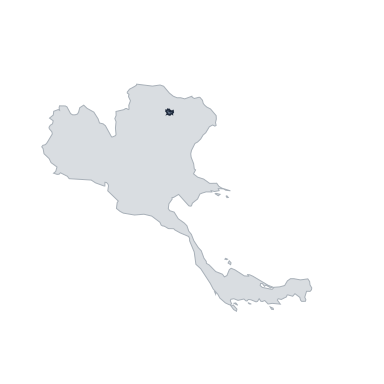 location of Phon Thong, Roi Et, Thailand, rotated 311°
{"feature_id": "78962969B17722386681463", "entity_name": "Phon Thong", "entity_type": "district", "adm_level": 2, "iso_a3": "THA", "parent_name": "Thailand", "parent_adm1": "Roi Et", "projection": "robinson", "projection_center": [103.964, 16.293], "detail": "fine", "context": "in_parent", "style": "filled", "palette": "slate", "viewbox_px": 384, "rotation_deg": 311, "n_neighbors": 0, "source": "geoboundaries", "source_scale": "gbopen_adm2", "svg_char_len": 5486}
<svg xmlns="http://www.w3.org/2000/svg" viewBox="0 0 384 384"><g transform="rotate(311 192 192)"><path d="M166.5,37.0L166.8,38.5L168.3,36.5L170.1,35.5L173.8,39.9L174.2,41.8L171.5,48.9L171.9,51.3L173.6,53.2L175.7,54.4L177.9,54.0L182.0,52.0L186.5,53.3L186.3,58.0L187.9,65.5L185.6,73.1L183.4,76.9L185.1,80.2L185.2,83.2L180.8,95.1L181.6,96.0L184.4,97.3L185.6,96.9L190.1,92.2L195.2,88.6L196.8,85.6L200.0,84.5L202.9,81.8L209.5,86.6L211.2,87.0L212.1,87.8L212.4,89.8L213.2,90.1L216.0,87.4L220.5,85.7L222.3,81.5L224.4,80.3L224.2,78.3L224.9,77.6L228.6,77.4L234.2,79.5L236.2,80.0L237.1,79.5L246.0,92.7L251.8,97.7L253.2,101.2L251.8,110.0L252.0,115.0L253.3,118.9L255.7,121.6L257.5,125.4L264.2,129.1L263.6,130.0L264.1,132.4L268.2,135.2L268.6,136.1L268.1,139.7L266.2,142.4L265.8,144.6L265.8,147.4L266.8,151.5L265.5,160.1L263.0,162.5L259.8,164.2L258.1,166.5L256.7,166.0L256.1,163.6L252.6,162.3L245.7,163.5L242.3,163.0L237.7,163.8L233.3,163.4L230.6,162.4L223.1,164.3L220.0,166.0L217.7,168.5L214.4,174.7L210.9,178.6L211.0,180.2L206.7,181.2L206.9,186.5L209.4,192.3L210.1,199.7L214.8,204.9L213.9,208.5L214.5,212.0L218.1,220.2L215.5,216.3L215.0,213.7L211.8,209.6L210.8,211.6L207.1,208.6L205.6,205.5L205.0,206.9L201.4,202.6L197.7,200.3L195.6,199.3L190.4,200.8L183.8,199.6L181.2,200.7L180.2,200.0L179.5,198.7L181.4,183.5L175.7,181.6L174.7,180.6L173.5,181.7L167.9,182.3L163.8,185.1L163.3,187.5L165.1,191.7L162.8,199.2L163.5,206.4L163.2,210.3L160.3,215.3L159.6,219.3L156.4,225.4L154.2,233.1L153.7,237.6L149.9,244.4L149.0,248.2L147.6,249.7L148.2,252.8L147.5,262.1L149.9,268.9L149.2,272.1L151.8,273.2L158.0,271.1L160.1,271.6L161.4,275.4L163.0,286.5L165.6,289.9L166.2,288.2L167.4,290.0L168.4,293.3L171.6,310.9L173.3,315.5L171.3,314.3L170.2,308.8L168.4,308.6L169.1,305.1L167.9,303.8L166.1,304.8L166.1,307.6L171.0,316.3L174.1,316.6L177.9,320.4L182.2,323.3L187.5,322.3L191.2,323.2L193.3,325.6L196.8,331.5L202.4,336.4L201.6,339.5L199.3,342.0L198.2,345.3L196.6,346.3L194.5,346.3L192.2,343.6L186.6,346.1L185.4,348.6L183.9,349.3L181.4,346.5L181.6,344.9L183.2,342.5L182.8,336.4L179.4,336.4L177.2,331.8L176.5,331.4L174.9,332.1L169.5,329.9L168.0,327.1L166.4,327.3L165.3,332.2L160.6,325.6L157.4,322.9L157.8,318.1L155.6,317.0L154.7,315.7L155.5,312.7L152.5,313.2L151.1,312.4L149.3,307.1L147.8,305.0L145.8,305.0L145.2,304.0L145.3,301.4L140.4,297.8L138.9,293.6L136.5,291.7L135.0,292.3L133.6,295.2L132.4,295.1L131.4,294.2L130.2,290.0L130.2,282.7L131.8,278.4L132.7,271.6L135.0,265.8L139.8,249.0L140.0,242.4L148.2,233.0L153.6,222.2L155.4,220.6L156.2,218.6L153.4,209.9L152.1,203.9L152.3,202.3L148.9,198.2L148.0,193.5L147.1,192.0L146.8,190.4L148.1,187.7L147.4,177.4L143.7,170.3L136.9,163.7L131.0,154.0L130.2,150.6L130.0,145.8L134.9,142.5L136.8,142.3L137.6,127.7L141.8,125.0L142.7,123.8L143.1,121.3L142.2,119.9L139.4,122.3L138.9,121.8L135.6,113.2L134.9,108.1L121.5,90.6L122.1,87.6L120.2,80.1L118.2,80.0L116.8,78.6L115.4,75.2L118.0,75.7L122.3,73.7L121.7,66.4L123.5,62.2L123.8,55.2L127.1,51.1L127.5,49.0L129.3,48.8L131.6,50.3L134.1,50.3L144.2,48.5L145.5,46.7L146.1,42.8L147.1,41.6L149.4,41.3L152.0,42.0L154.7,40.5L154.3,36.0L159.1,36.8L162.2,34.7L166.5,37.0ZM133.8,297.2L133.1,302.7L131.2,303.8L130.6,300.6L131.7,295.5L132.2,296.7L133.8,297.2ZM164.5,265.3L164.2,267.9L162.5,268.8L162.1,265.8L164.5,265.3ZM206.7,210.9L208.7,214.7L206.4,214.3L205.9,210.7L206.7,210.9ZM156.7,330.5L155.7,328.9L156.6,326.4L157.5,329.5L156.7,330.5ZM137.0,297.8L136.5,300.8L135.6,296.7L137.0,297.8ZM164.6,262.9L163.7,262.6L162.9,260.9L164.0,260.9L164.6,262.9ZM145.2,306.8L146.3,310.3L145.1,308.6L145.2,306.8ZM212.0,220.8L211.7,223.0L210.7,222.1L211.3,220.5L212.0,220.8ZM131.6,276.1L130.4,276.9L131.4,274.8L131.6,276.1Z" fill="#d9dde1" stroke="#a8b0b8" stroke-width="1"/><path d="M236.0,119.2L235.9,119.3L235.8,119.5L235.8,119.9L235.9,120.0L235.8,120.3L235.8,120.6L235.6,121.0L235.5,121.4L235.4,121.4L235.4,121.5L235.2,121.7L235.1,121.8L234.9,121.9L234.7,122.1L234.5,122.3L234.4,122.3L234.8,122.6L235.0,122.6L235.1,122.8L235.1,123.0L235.0,123.3L235.1,123.5L235.1,123.8L235.1,124.0L235.2,124.3L235.3,124.4L235.4,124.5L235.5,124.5L235.4,124.6L235.4,124.8L235.4,124.7L235.5,124.7L235.6,124.8L235.7,124.7L235.8,124.6L236.0,124.6L236.2,124.8L236.3,124.8L236.5,124.9L236.8,125.0L237.0,125.0L237.5,125.1L237.8,125.2L237.9,125.3L237.9,125.6L237.8,125.8L237.9,125.7L238.0,125.8L238.0,126.0L238.1,125.9L238.3,125.7L238.2,125.6L238.2,125.4L238.3,125.4L238.5,125.4L238.7,125.5L238.8,125.5L239.0,125.6L239.3,125.6L239.5,125.6L239.8,125.6L239.9,125.4L240.0,125.3L239.9,125.3L240.0,125.3L240.0,125.2L240.2,124.9L240.3,124.8L240.5,124.6L240.4,124.6L240.5,124.3L240.4,124.3L240.4,124.2L240.2,124.1L239.9,124.0L239.7,124.0L239.6,123.8L239.5,124.0L239.4,123.9L239.5,123.7L239.3,123.5L239.5,123.5L239.5,123.4L239.4,123.3L239.4,123.2L239.5,123.0L239.5,122.9L239.4,122.7L239.3,122.3L239.2,122.3L239.2,122.2L239.1,122.3L238.9,122.4L238.8,122.5L238.7,122.4L238.6,122.5L238.6,122.4L238.5,122.5L238.4,122.4L238.5,122.3L238.4,122.2L238.5,122.2L238.4,122.0L238.4,121.9L238.4,121.7L238.5,121.5L238.6,121.3L238.7,121.2L238.7,121.3L238.8,121.2L238.7,121.1L238.8,121.0L238.7,121.0L238.7,120.9L238.8,120.8L238.9,120.7L238.8,120.4L238.8,120.2L238.7,120.0L238.7,119.9L238.8,119.8L238.8,119.7L238.7,119.5L238.7,119.4L238.4,119.4L238.2,119.4L237.9,119.4L237.8,119.6L237.7,119.6L237.4,119.6L237.2,119.5L237.2,119.4L236.9,119.4L236.9,119.5L236.7,119.6L236.5,119.4L236.4,119.3L236.4,119.2L236.3,119.3L236.2,119.3L236.1,119.2L236.0,119.2Z" fill="#64748b" stroke="#1e293b" stroke-width="1.5"/></g></svg>